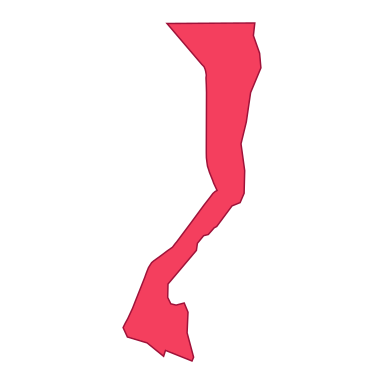 outline of Manyo, Upper Nile, South Sudan
{"feature_id": "79223893B45725284796006", "entity_name": "Manyo", "entity_type": "district", "adm_level": 2, "iso_a3": "SSD", "parent_name": "South Sudan", "parent_adm1": "Upper Nile", "projection": "equal_earth", "projection_center": [32.292, 11.036], "detail": "fine", "context": "isolated", "style": "filled", "palette": "rose", "viewbox_px": 384, "rotation_deg": 0, "n_neighbors": 0, "source": "geoboundaries", "source_scale": "gbopen_adm2", "svg_char_len": 1017}
<svg xmlns="http://www.w3.org/2000/svg" viewBox="0 0 384 384"><path d="M192.0,361.0L193.6,357.2L187.1,332.8L188.0,312.2L184.2,303.0L176.1,305.1L170.8,303.8L167.7,297.5L168.0,284.0L196.4,250.4L197.4,243.3L203.6,235.7L208.3,234.5L214.2,227.8L216.7,226.5L232.0,205.9L240.1,202.6L244.1,193.3L244.7,170.7L241.0,143.8L246.3,122.0L250.6,92.6L260.9,67.9L259.6,53.2L253.4,35.6L254.8,23.0L217.6,23.2L167.0,23.5L201.9,64.5L204.0,66.6L205.2,69.5L205.7,71.5L206.3,75.1L206.0,77.9L206.3,84.7L206.5,92.5L206.3,147.3L206.3,152.8L206.4,157.8L206.9,161.9L207.5,166.2L208.5,169.2L209.5,172.4L211.1,176.4L212.6,180.1L213.7,183.2L217.1,190.5L215.3,191.4L212.9,193.5L209.9,197.5L204.2,204.8L190.0,224.1L176.3,242.4L175.6,243.1L172.5,247.2L167.1,251.0L161.3,255.4L153.7,260.9L151.6,262.7L149.8,265.5L148.5,267.6L147.4,270.3L146.2,273.4L144.7,277.6L139.8,290.0L135.5,300.8L132.6,308.2L127.8,318.6L125.2,323.3L123.1,327.6L127.4,337.0L147.1,342.9L163.6,356.3L165.5,350.4L192.0,361.0Z" fill="#f43f5e" stroke="#9f1239" stroke-width="1.5"/></svg>